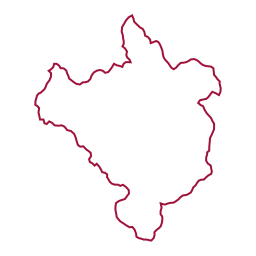 outline of Conselheiro Lafaiete, Minas Gerais, Brazil
{"feature_id": "56859067B86519251311991", "entity_name": "Conselheiro Lafaiete", "entity_type": "district", "adm_level": 2, "iso_a3": "BRA", "parent_name": "Brazil", "parent_adm1": "Minas Gerais", "projection": "robinson", "projection_center": [-43.793, -20.669], "detail": "fine", "context": "isolated", "style": "outline", "palette": "rose", "viewbox_px": 256, "rotation_deg": 0, "n_neighbors": 0, "source": "geoboundaries", "source_scale": "gbopen_adm2", "svg_char_len": 2996}
<svg xmlns="http://www.w3.org/2000/svg" viewBox="0 0 256 256"><path d="M48.7,70.8L51.1,73.2L50.9,76.8L49.4,80.4L46.8,83.8L45.5,87.3L44.3,89.4L42.5,91.0L40.7,92.7L38.6,93.6L37.1,95.4L36.4,97.9L35.5,100.9L35.3,104.8L37.5,106.2L39.1,108.0L38.5,112.4L39.4,116.3L40.0,119.5L43.4,119.5L44.5,123.3L46.7,124.0L49.2,121.4L51.9,122.7L54.7,125.4L58.9,125.7L61.7,125.3L64.6,126.8L67.1,130.0L71.0,131.1L74.1,133.8L75.7,137.5L76.5,140.6L77.9,145.0L80.3,146.7L83.3,146.3L86.0,149.2L88.2,150.8L90.6,152.7L91.1,156.1L89.1,159.1L89.8,162.0L92.5,163.4L94.6,165.6L96.7,163.8L99.4,166.8L101.0,169.6L102.2,172.2L105.0,172.8L107.2,174.4L107.0,176.9L108.4,179.3L109.7,181.7L111.8,183.6L114.4,184.6L118.3,184.7L120.2,185.9L122.9,184.8L125.8,186.8L128.7,190.0L129.0,193.5L127.0,196.2L124.9,199.0L121.5,200.1L118.9,201.0L116.1,203.0L115.5,206.3L115.4,209.7L116.2,213.7L116.7,217.0L118.1,218.9L120.2,221.3L123.6,223.5L126.5,225.5L129.5,227.2L132.4,227.0L134.5,229.5L136.0,233.4L136.5,236.8L139.0,238.2L141.7,238.8L143.7,239.6L146.1,239.5L148.4,240.0L151.3,240.6L153.7,238.0L154.6,235.0L154.4,232.2L156.7,229.8L158.9,228.2L160.7,226.3L161.9,222.8L162.4,219.1L162.2,216.5L160.6,214.3L160.6,211.1L161.6,207.7L160.7,203.4L162.9,204.2L165.2,204.5L167.8,203.5L170.7,202.8L173.8,202.6L176.2,201.0L178.4,199.4L180.7,197.0L183.0,195.4L186.3,195.0L188.7,193.8L190.8,192.5L192.1,190.2L193.2,187.5L195.6,185.3L197.1,182.8L198.7,180.7L200.7,179.8L204.0,179.5L206.1,177.3L208.6,175.2L211.1,174.0L211.9,171.5L211.3,169.1L210.7,165.5L207.9,163.6L206.1,160.6L206.2,157.3L207.1,154.8L207.2,152.3L209.2,150.7L209.3,146.6L209.7,142.1L210.0,138.2L211.4,135.4L212.8,132.2L214.0,129.3L214.1,126.3L214.1,123.6L212.6,121.4L211.0,117.9L208.7,115.4L206.7,113.2L204.5,109.6L203.1,106.2L200.6,105.0L198.2,103.0L199.9,100.3L202.7,99.6L206.2,98.9L208.2,97.2L210.1,94.7L212.3,91.8L215.7,93.2L219.0,95.1L220.4,92.0L220.7,88.1L219.6,83.8L219.7,81.4L217.5,79.2L215.8,76.8L214.0,74.7L213.8,71.7L213.3,68.1L210.7,66.5L207.4,66.2L204.7,65.7L202.4,64.7L200.5,63.2L198.6,61.4L196.6,60.0L194.3,59.1L190.9,59.4L188.5,61.0L186.4,62.1L183.7,62.7L180.9,62.8L178.2,65.1L176.2,67.6L173.7,69.2L171.7,68.0L170.1,66.0L168.5,63.4L166.8,61.5L165.0,59.6L163.4,56.7L162.9,54.2L162.4,50.7L161.3,47.7L159.9,44.4L158.3,42.0L156.2,41.0L153.7,42.0L150.7,43.1L150.1,39.6L147.9,37.0L145.2,35.8L144.3,31.7L142.6,28.8L140.2,27.6L137.6,25.1L135.7,23.3L134.0,21.4L133.6,19.0L132.1,15.4L128.7,17.3L126.0,20.4L124.1,23.8L122.1,27.1L121.7,31.8L122.8,35.2L123.1,38.2L123.6,40.6L123.8,43.7L122.5,46.4L125.1,48.5L127.0,51.5L126.3,54.7L127.0,57.2L129.6,59.8L130.6,62.3L128.0,62.1L125.8,62.1L123.7,63.7L122.3,66.9L120.0,66.0L116.8,65.3L114.0,63.8L111.8,67.5L109.9,70.1L108.1,72.1L105.2,72.8L102.5,70.6L99.7,70.0L96.8,70.7L93.9,72.4L91.6,75.5L90.3,79.1L87.9,81.5L85.3,82.2L82.7,82.4L79.9,84.5L76.2,83.8L73.7,82.1L71.7,80.5L69.2,78.6L68.3,75.8L67.2,73.5L66.2,70.4L63.7,68.4L60.5,68.1L59.2,65.7L56.6,63.8L54.1,63.8L53.2,67.2L50.7,69.6L48.7,70.8Z" fill="none" stroke="#9f1239" stroke-width="2"/></svg>